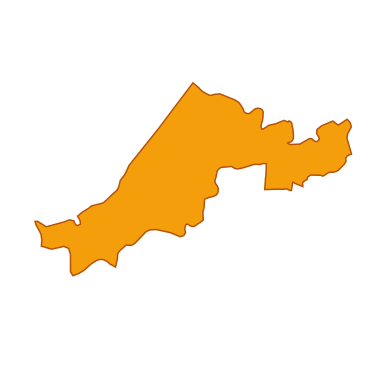 SVG path tracing the border of Leiria, rotated 17°
{"feature_id": "PRT-740", "entity_name": "Leiria", "entity_type": "District", "adm_level": 1, "iso_a3": "PRT", "parent_name": "Portugal", "parent_adm1": "", "projection": "robinson", "projection_center": [-8.666, 39.654], "detail": "fine", "context": "isolated", "style": "filled", "palette": "amber", "viewbox_px": 384, "rotation_deg": 17, "n_neighbors": 0, "source": "natural_earth", "source_scale": "10m", "svg_char_len": 2727}
<svg xmlns="http://www.w3.org/2000/svg" viewBox="0 0 384 384"><g transform="rotate(17 192 192)"><path d="M63.8,288.0L62.4,281.7L59.9,276.4L52.1,268.6L50.5,266.0L53.0,265.2L62.7,267.9L78.8,257.8L82.8,254.5L87.3,254.1L90.0,257.1L92.2,257.7L94.8,255.3L93.1,251.8L89.6,248.6L93.1,243.2L98.0,237.7L99.8,234.8L103.9,232.3L110.1,228.5L113.3,223.5L115.5,219.3L120.0,211.7L120.4,207.1L120.0,202.0L122.7,194.9L124.1,184.8L141.3,141.5L161.0,87.3L162.3,87.9L167.9,90.3L169.9,91.5L172.9,92.9L179.9,94.3L182.1,94.0L184.6,92.2L190.0,90.0L201.1,91.0L205.4,91.3L209.9,92.4L212.5,94.0L216.2,97.1L218.2,99.9L218.8,100.3L220.4,100.8L222.7,100.7L223.8,100.1L224.4,99.6L227.8,94.3L229.3,93.2L230.8,92.5L232.5,92.4L233.8,92.4L235.3,93.1L236.7,94.6L238.1,100.5L238.5,102.9L238.5,107.2L238.8,109.2L239.7,110.6L240.7,111.6L242.2,110.3L246.2,105.6L251.9,102.4L259.1,96.6L263.4,97.0L263.9,95.7L265.8,95.9L267.3,97.1L270.3,102.8L272.4,107.9L273.3,111.4L272.9,113.6L271.7,115.4L270.1,116.4L269.1,117.3L270.6,117.8L272.3,117.8L281.2,114.6L288.8,106.5L291.1,106.1L294.5,107.6L296.4,107.4L297.7,106.1L298.1,103.9L297.2,102.4L294.6,100.1L293.9,99.2L293.5,97.2L293.3,95.6L296.7,90.7L305.9,83.0L312.4,85.3L319.0,77.1L321.8,78.7L323.2,79.7L324.5,81.7L325.3,83.4L323.8,90.8L324.5,95.4L333.5,109.1L331.1,110.9L330.1,112.0L329.1,114.7L329.7,116.1L330.1,117.1L330.3,117.5L329.6,120.8L325.4,128.7L323.3,130.6L321.2,131.9L319.4,132.3L317.4,133.1L315.4,135.2L313.7,137.5L312.4,138.6L310.3,138.3L300.7,141.1L299.5,142.3L298.3,143.8L298.4,145.1L298.3,146.8L296.9,147.8L295.3,150.2L295.3,151.4L296.4,154.4L287.4,153.6L285.7,153.0L285.5,154.3L285.9,156.2L286.6,161.4L285.6,161.9L281.4,161.4L276.6,163.4L273.8,164.0L264.8,167.1L260.8,168.4L260.6,167.2L260.1,165.6L259.7,163.4L258.2,157.1L257.8,154.3L254.8,143.1L251.4,144.1L248.5,146.2L246.5,146.3L243.5,147.3L232.9,154.5L229.0,156.5L226.3,157.0L222.4,156.0L212.4,160.1L211.2,161.8L210.0,164.2L210.1,166.2L210.6,170.9L210.6,174.1L211.2,176.2L212.7,177.5L214.5,178.9L216.2,181.0L217.0,185.2L216.2,187.6L214.6,189.2L212.8,190.5L210.8,191.6L206.1,195.1L208.1,203.5L208.4,208.4L211.0,215.5L209.6,217.6L204.0,224.4L202.2,224.9L200.0,224.9L198.4,224.2L196.7,224.1L195.7,225.3L195.6,227.1L195.9,229.2L197.3,232.1L197.7,232.7L197.7,233.2L197.4,234.1L196.9,236.1L193.8,238.2L183.3,237.2L169.0,238.3L162.6,240.6L159.6,243.5L152.7,257.2L150.7,259.8L148.9,261.0L144.6,262.0L139.9,269.6L139.0,272.8L140.2,277.6L140.8,286.2L134.7,284.9L130.6,283.1L127.5,282.6L125.0,282.9L123.5,283.5L121.3,284.9L116.7,290.1L111.6,298.5L107.2,303.4L102.6,306.9L99.1,303.7L94.2,287.7L92.4,284.6L90.8,282.5L89.2,281.6L88.1,281.9L85.3,281.4L83.5,282.6L74.3,287.8L65.9,287.8L63.8,288.0L63.8,288.0Z" fill="#f59e0b" stroke="#b45309" stroke-width="1.5"/></g></svg>